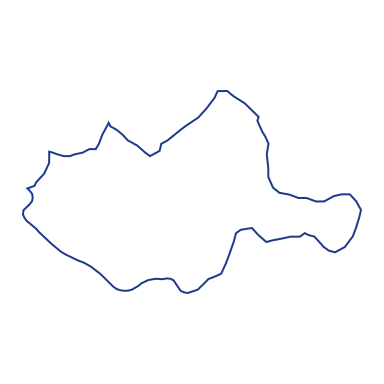 Songwon, Chagang-do, North Korea
{"feature_id": "82179303B48656719864416", "entity_name": "Songwon", "entity_type": "district", "adm_level": 2, "iso_a3": "PRK", "parent_name": "North Korea", "parent_adm1": "Chagang-do", "projection": "orthographic", "projection_center": [125.927, 40.373], "detail": "fine", "context": "isolated", "style": "outline", "palette": "blue", "viewbox_px": 384, "rotation_deg": 0, "n_neighbors": 0, "source": "geoboundaries", "source_scale": "gbopen_adm2", "svg_char_len": 1610}
<svg xmlns="http://www.w3.org/2000/svg" viewBox="0 0 384 384"><path d="M299.9,236.7L304.8,233.1L308.0,234.9L314.4,236.6L320.8,243.6L322.3,245.4L323.9,247.1L328.7,250.6L335.1,252.3L344.8,247.0L352.8,236.4L356.1,227.6L359.3,217.1L361.0,210.0L356.2,201.3L349.8,194.3L341.8,194.3L333.8,196.1L324.2,201.4L316.1,201.5L306.6,198.0L298.6,198.0L289.0,194.5L279.4,192.8L273.0,187.6L268.3,177.0L268.3,168.2L266.8,154.2L268.5,143.6L265.3,136.6L262.1,131.4L257.4,120.8L258.6,116.9L244.7,103.3L233.6,96.3L227.2,91.0L217.7,91.1L214.4,98.1L206.3,108.7L198.3,117.5L185.4,126.2L180.6,129.8L174.2,135.0L167.7,140.3L161.3,143.8L159.6,150.9L150.0,156.1L145.2,152.6L137.3,145.6L127.7,140.3L123.0,135.1L116.6,129.8L110.3,126.3L108.7,122.8L102.2,135.0L98.9,143.8L95.7,149.1L89.3,149.1L82.8,152.6L74.8,154.3L70.0,156.1L63.6,156.1L57.2,154.3L52.4,152.5L49.2,151.7L49.2,154.3L49.2,157.8L49.1,163.1L45.8,170.1L44.2,173.6L41.0,177.1L36.1,182.4L34.5,185.9L27.4,188.4L29.5,190.5L32.1,193.8L32.7,197.4L32.1,201.1L29.6,204.3L23.5,210.2L23.0,214.4L24.3,217.6L26.6,220.8L36.3,228.9L39.1,232.2L51.1,243.5L60.8,251.6L64.6,253.9L67.1,255.2L77.4,260.2L83.9,262.7L90.7,266.5L100.7,274.2L113.1,286.5L116.6,289.0L120.2,290.2L124.0,290.8L128.4,290.6L131.7,289.7L138.3,286.0L141.4,283.3L148.5,280.0L155.7,278.8L162.8,279.2L166.6,278.4L170.7,278.8L173.6,280.4L180.6,290.8L183.6,292.2L187.7,293.0L197.7,289.7L205.0,282.6L208.3,279.1L213.1,277.3L221.1,273.8L226.0,263.2L229.3,254.4L234.2,240.4L235.9,233.3L240.7,229.8L251.9,228.0L258.3,235.0L266.3,242.0L272.7,240.3L282.3,238.5L290.3,236.7L299.9,236.7Z" fill="none" stroke="#1e3a8a" stroke-width="2"/></svg>